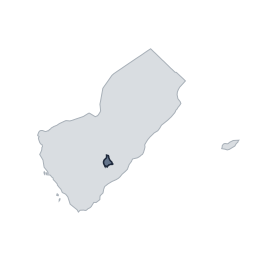 Nisab, Shabwah, Yemen shown in context, rotated 335°
{"feature_id": "15242507B68873122709220", "entity_name": "Nisab", "entity_type": "district", "adm_level": 2, "iso_a3": "YEM", "parent_name": "Yemen", "parent_adm1": "Shabwah", "projection": "natural_earth1", "projection_center": [46.477, 14.534], "detail": "fine", "context": "in_parent", "style": "filled", "palette": "slate", "viewbox_px": 256, "rotation_deg": 335, "n_neighbors": 0, "source": "geoboundaries", "source_scale": "gbopen_adm2", "svg_char_len": 4262}
<svg xmlns="http://www.w3.org/2000/svg" viewBox="0 0 256 256"><g transform="rotate(335 128 128)"><path d="M199.9,109.6L192.0,112.9L189.9,114.4L188.0,116.2L186.6,118.5L185.6,122.5L186.4,126.1L186.3,128.1L184.3,129.4L182.3,130.3L180.2,131.7L178.9,132.1L177.8,133.2L176.6,134.0L172.1,136.1L167.3,137.7L159.5,139.6L156.5,141.7L153.8,143.1L149.7,143.5L144.0,145.5L140.8,147.0L136.9,149.6L136.0,150.4L135.4,152.3L134.2,153.9L131.8,156.6L130.0,158.0L128.8,158.1L126.5,158.8L123.8,159.0L119.2,158.0L118.1,158.7L117.1,159.7L113.6,161.6L110.0,165.2L107.3,166.2L103.1,167.4L100.1,168.9L98.1,169.5L95.5,169.8L90.8,169.7L86.3,170.2L82.1,171.2L80.1,173.2L77.9,176.3L74.2,177.6L73.4,178.7L72.2,181.0L69.8,181.6L67.7,182.0L65.5,181.0L61.4,183.7L59.8,184.2L57.4,184.3L55.7,184.9L54.5,184.7L53.0,183.6L49.8,182.3L47.5,183.2L47.3,180.6L43.4,172.6L44.3,165.6L44.3,164.7L43.5,161.6L41.2,158.7L41.3,155.1L40.5,152.6L39.9,149.9L40.1,149.2L40.2,148.6L39.0,144.5L38.6,143.7L38.5,142.8L38.9,142.2L38.9,141.4L38.2,140.2L37.6,137.8L34.5,136.0L35.1,134.2L35.7,134.8L36.5,135.3L36.7,134.2L36.7,133.4L35.4,128.1L37.4,121.1L36.8,114.7L39.8,112.2L40.5,111.4L41.0,110.7L41.7,109.3L42.6,108.8L43.0,107.3L43.0,106.5L42.3,105.9L41.9,104.1L42.1,101.8L42.2,100.9L42.5,99.2L43.6,98.5L43.8,98.0L43.0,96.9L43.1,96.3L44.9,94.5L45.6,93.9L46.7,93.4L47.6,93.4L48.6,93.7L49.5,94.2L50.4,95.1L51.4,96.2L52.8,96.6L53.8,96.5L54.6,96.9L55.3,96.7L56.0,96.2L57.3,96.2L58.4,95.6L61.5,95.3L64.6,95.5L67.7,95.0L70.9,95.0L74.1,95.0L74.8,95.1L75.5,95.4L78.2,97.0L80.2,97.4L84.3,97.8L88.7,98.3L92.5,98.7L95.7,98.3L98.4,98.0L99.1,98.1L99.9,99.1L101.5,101.5L103.1,103.9L105.7,104.0L107.4,103.1L109.3,101.9L110.4,100.9L111.8,97.1L112.6,94.6L114.6,91.9L116.2,89.6L118.4,86.5L119.6,84.8L122.0,81.4L124.2,80.1L128.6,77.6L132.9,75.1L135.7,73.5L138.1,72.8L142.1,72.1L146.7,71.4L151.4,70.6L156.4,69.8L162.0,68.9L165.8,68.3L170.7,67.6L174.7,66.9L178.3,66.3L182.0,65.8L182.7,67.6L183.4,69.5L184.2,71.4L184.9,73.2L185.6,75.1L186.3,76.9L187.0,78.8L187.7,80.7L188.5,82.5L189.2,84.4L189.9,86.3L190.6,88.1L191.3,90.0L192.0,91.9L192.8,93.7L193.5,95.6L194.2,97.4L195.3,98.0L196.0,99.7L197.0,102.2L198.0,104.6L199.0,107.1L199.9,109.6ZM211.3,184.3L212.3,184.5L213.8,183.9L218.1,183.8L223.3,185.9L222.3,186.4L221.7,187.2L219.5,187.9L217.2,189.5L210.7,190.2L208.7,189.8L207.1,188.3L204.2,186.3L205.4,185.0L205.6,184.4L206.0,183.8L207.7,182.9L209.3,183.0L211.3,184.3ZM36.4,159.5L36.2,159.9L35.9,159.8L34.9,158.8L36.0,157.7L36.6,158.7L36.4,159.5ZM33.4,134.6L32.9,135.1L32.7,134.3L33.1,132.7L33.6,132.2L33.9,133.4L33.7,134.1L33.4,134.6ZM35.9,164.4L34.8,165.0L35.6,163.5L36.3,163.2L36.5,163.3L35.9,164.4Z" fill="#d9dde1" stroke="#a8b0b8" stroke-width="1"/><path d="M92.6,154.5L93.4,153.9L93.6,153.8L93.7,153.7L93.8,153.7L94.0,153.7L94.1,153.8L94.3,153.8L94.4,153.7L94.5,153.7L94.8,153.6L95.0,153.5L95.0,153.4L95.3,153.3L95.5,153.4L95.5,153.5L95.8,153.5L96.0,153.5L96.3,153.6L96.5,153.6L96.8,153.6L97.0,153.6L97.3,153.6L97.5,153.6L97.6,153.8L97.7,154.0L97.8,154.1L98.0,154.3L98.3,154.3L98.5,154.3L98.8,154.2L99.0,154.2L99.0,153.9L98.9,153.8L98.9,153.6L98.7,153.3L98.7,153.2L98.8,152.9L98.8,152.7L98.9,152.4L98.9,152.1L98.8,151.8L98.8,151.7L98.7,151.4L98.5,151.1L98.4,150.9L98.4,150.7L98.3,150.4L98.2,150.3L98.2,150.1L98.1,149.8L98.1,149.7L98.0,149.4L98.0,149.2L98.0,148.9L98.0,148.7L98.0,148.4L98.0,148.1L98.0,147.9L98.0,147.6L98.0,147.3L98.0,147.2L98.1,146.8L98.1,146.7L98.2,146.4L98.3,146.1L98.4,145.8L98.4,145.7L98.4,145.4L98.5,145.3L98.5,145.1L98.5,144.9L98.5,144.7L97.9,144.2L97.1,143.5L96.5,144.8L96.2,145.5L95.7,146.0L95.4,146.0L95.2,146.1L94.9,146.2L94.7,146.3L94.4,146.4L94.2,146.5L93.8,146.6L93.7,146.6L93.4,146.7L93.3,146.8L93.2,146.8L93.0,147.0L92.8,147.0L92.7,147.1L92.5,147.3L92.4,147.4L92.2,147.5L92.0,147.8L91.9,147.9L91.8,148.0L91.7,148.1L91.5,148.3L91.5,148.5L91.4,148.6L91.3,148.9L91.2,149.0L91.1,149.4L91.0,149.5L91.0,149.8L91.0,150.0L91.0,150.3L90.9,150.4L90.9,150.6L91.0,150.9L91.0,151.1L91.0,151.4L91.0,151.5L91.0,151.8L90.9,152.1L90.9,152.3L90.9,152.5L90.9,152.8L91.0,152.9L91.0,153.1L91.0,153.3L91.1,153.2L91.3,153.0L91.4,152.9L91.5,152.9L91.8,152.9L91.9,153.0L92.0,153.1L92.0,153.3L92.1,153.5L92.2,153.8L92.3,153.9L92.3,154.0L92.5,154.2L92.5,154.3L92.6,154.5Z" fill="#64748b" stroke="#1e293b" stroke-width="1.5"/></g></svg>